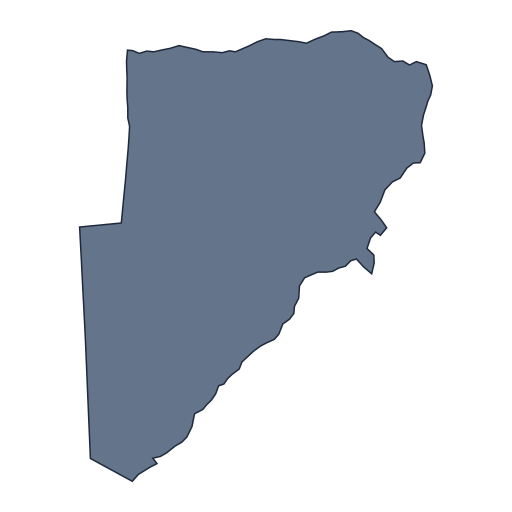 Içara, Santa Catarina, Brazil (Natural Earth projection)
{"feature_id": "56859067B6468412631318", "entity_name": "Içara", "entity_type": "district", "adm_level": 2, "iso_a3": "BRA", "parent_name": "Brazil", "parent_adm1": "Santa Catarina", "projection": "natural_earth1", "projection_center": [-49.261, -28.768], "detail": "fine", "context": "isolated", "style": "filled", "palette": "slate", "viewbox_px": 512, "rotation_deg": 0, "n_neighbors": 0, "source": "geoboundaries", "source_scale": "gbopen_adm2", "svg_char_len": 1673}
<svg xmlns="http://www.w3.org/2000/svg" viewBox="0 0 512 512"><path d="M132.3,481.3L138.3,474.5L149.4,467.5L157.0,463.6L152.8,458.2L160.5,456.4L166.8,452.7L174.9,446.2L181.8,442.2L186.8,437.1L192.0,426.5L194.6,413.7L202.8,409.5L206.7,404.7L211.5,400.0L215.7,393.8L218.6,385.8L223.9,384.0L227.6,378.6L231.9,374.5L239.2,369.0L242.0,361.9L253.4,351.3L260.2,346.2L266.9,342.7L274.4,339.3L278.8,334.2L282.8,324.0L289.7,319.0L293.8,313.5L294.5,306.3L298.7,298.2L299.5,285.9L304.6,277.8L310.0,275.4L317.8,272.1L326.4,272.1L332.7,271.3L338.8,268.0L345.4,266.2L350.7,260.8L356.4,259.0L363.7,267.0L371.7,273.8L374.2,262.9L373.8,255.0L367.0,248.5L370.6,237.9L375.6,232.1L380.4,235.3L386.7,227.8L381.1,219.8L374.4,211.8L380.2,202.3L384.9,189.9L392.4,181.9L400.2,178.0L406.8,168.1L413.4,163.0L420.2,162.7L424.8,153.2L424.2,143.1L423.0,136.2L421.5,125.3L423.6,114.7L425.9,107.7L427.8,101.2L430.7,95.0L432.4,85.9L429.9,75.7L426.3,64.8L416.4,61.6L409.5,65.0L402.9,61.0L394.3,61.6L388.0,57.2L381.6,48.6L374.2,43.9L369.1,40.5L363.1,37.4L358.2,33.3L351.1,30.7L343.3,31.6L337.6,31.9L331.4,32.1L324.1,35.8L315.1,39.2L306.5,43.2L298.1,41.6L280.3,39.5L274.6,39.5L265.7,38.8L257.2,41.8L249.5,45.7L235.4,51.8L229.4,50.8L222.2,52.7L212.8,51.8L202.8,51.8L195.9,49.3L188.1,47.6L179.0,45.6L170.3,48.3L161.3,50.1L153.9,51.8L146.7,51.1L139.2,53.4L133.0,50.7L127.5,50.1L126.5,61.3L126.7,68.5L127.1,77.7L126.9,91.9L127.1,98.7L127.8,107.9L127.8,117.9L129.6,126.4L129.0,136.9L128.2,148.5L127.1,160.8L125.4,180.8L123.1,204.2L121.3,223.0L79.6,227.0L81.4,260.8L83.2,296.8L83.9,309.1L84.4,319.6L85.0,331.3L85.6,344.4L90.4,458.5L108.6,468.4L132.3,481.3Z" fill="#64748b" stroke="#1e293b" stroke-width="1.5"/></svg>